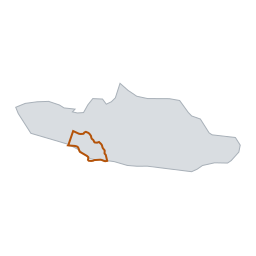 where Saint Mary sits in Jamaica, rotated 179°
{"feature_id": "JAM-1381", "entity_name": "Saint Mary", "entity_type": "Parish", "adm_level": 1, "iso_a3": "JAM", "parent_name": "Jamaica", "parent_adm1": "", "projection": "albers", "projection_center": [-76.93, 18.277], "detail": "fine", "context": "in_parent", "style": "outline", "palette": "amber", "viewbox_px": 256, "rotation_deg": 179, "n_neighbors": 0, "source": "natural_earth", "source_scale": "10m", "svg_char_len": 1623}
<svg xmlns="http://www.w3.org/2000/svg" viewBox="0 0 256 256"><g transform="rotate(179 128 128)"><path d="M129.4,90.6L142.2,94.6L155.4,96.7L161.1,96.8L166.5,98.1L178.5,107.6L188.3,112.8L225.2,124.4L237.5,144.4L239.9,150.7L230.3,154.4L218.3,155.8L206.9,156.0L196.2,152.2L191.6,149.2L180.6,147.8L183.3,145.1L178.4,143.9L172.2,144.2L167.7,151.9L162.7,158.0L153.0,157.4L149.3,152.2L144.2,154.5L140.1,158.4L135.2,172.8L127.3,165.6L118.7,159.6L108.0,157.1L86.2,156.6L75.9,154.6L67.4,142.4L64.1,138.9L55.5,135.7L47.0,121.7L44.0,119.7L20.8,116.6L16.1,108.9L17.6,102.0L25.4,93.6L29.1,91.2L42.0,91.7L54.2,89.2L59.6,85.6L65.2,83.2L109.4,89.5L119.7,89.6L129.4,90.6Z" fill="#d9dde1" stroke="#a8b0b8" stroke-width="1"/><path d="M149.4,95.5L151.4,95.2L152.6,95.5L154.8,96.5L156.1,96.8L162.3,96.5L163.5,95.9L165.2,95.7L166.6,95.8L167.9,96.0L168.6,96.9L168.3,98.1L168.3,99.6L169.4,100.7L173.2,103.0L176.5,105.0L177.0,106.0L178.0,108.9L178.6,109.9L179.6,110.5L181.5,111.0L187.0,111.5L188.2,111.7L187.9,112.1L182.9,125.9L177.1,123.1L175.3,122.8L174.7,122.9L173.4,122.9L172.8,123.0L172.4,123.2L172.2,123.5L172.1,123.8L171.8,124.1L171.6,124.3L170.2,124.9L167.7,123.8L166.6,122.8L165.4,121.1L165.1,120.6L165.0,119.7L164.8,118.8L164.4,117.9L163.9,117.4L163.1,116.8L162.7,116.3L162.1,114.8L161.8,114.4L161.4,114.1L159.4,113.9L159.1,113.9L158.8,114.0L157.2,114.5L155.2,112.5L154.5,111.5L154.4,111.2L154.2,110.6L154.0,109.7L153.7,108.7L153.3,108.0L152.0,106.4L151.8,106.0L151.7,105.7L151.9,103.2L151.8,102.8L151.5,102.4L150.9,101.8L150.7,101.4L150.5,100.6L150.4,100.1L149.5,96.0L149.4,95.5Z" fill="none" stroke="#b45309" stroke-width="2"/></g></svg>